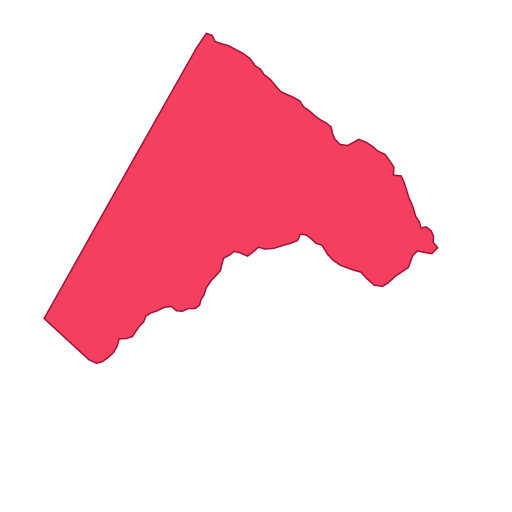 Novo Alegre, Tocantins, Brazil (Albers equal-area conic projection), rotated 119°
{"feature_id": "56859067B17905501648967", "entity_name": "Novo Alegre", "entity_type": "district", "adm_level": 2, "iso_a3": "BRA", "parent_name": "Brazil", "parent_adm1": "Tocantins", "projection": "albers", "projection_center": [-46.567, -12.888], "detail": "fine", "context": "isolated", "style": "filled", "palette": "rose", "viewbox_px": 512, "rotation_deg": 119, "n_neighbors": 0, "source": "geoboundaries", "source_scale": "gbopen_adm2", "svg_char_len": 1582}
<svg xmlns="http://www.w3.org/2000/svg" viewBox="0 0 512 512"><g transform="rotate(119 256 256)"><path d="M85.3,407.4L102.8,408.9L238.7,410.0L251.9,410.1L413.4,411.0L427.7,352.0L427.2,343.5L422.9,339.2L416.7,336.2L409.4,333.8L402.1,333.8L394.9,335.5L391.1,329.4L386.3,325.0L380.2,324.6L374.3,324.0L368.3,322.3L362.0,323.2L357.1,320.6L351.7,315.8L345.1,311.1L341.1,305.3L342.5,299.2L340.0,293.6L334.7,289.7L331.4,283.7L326.2,281.5L321.0,283.0L315.1,282.6L308.2,284.1L299.3,283.3L292.5,281.5L285.9,280.0L280.7,281.6L273.6,283.3L267.6,279.4L262.7,277.5L261.0,271.9L260.2,263.3L252.7,260.1L247.0,258.0L245.6,251.5L240.7,244.2L233.9,237.8L228.4,232.2L222.4,227.2L215.3,227.8L213.3,222.5L214.1,216.4L215.8,209.9L214.6,203.4L219.8,194.3L222.4,186.1L223.2,177.6L222.2,171.1L221.2,164.7L219.3,156.5L222.1,148.0L224.2,138.5L221.2,130.6L215.3,127.4L205.8,124.2L198.4,120.4L192.3,117.2L186.4,118.1L179.7,119.2L173.2,117.2L171.4,111.0L168.7,103.4L160.8,101.0L158.0,107.8L152.9,110.1L149.1,114.9L148.0,121.3L151.4,125.4L146.9,129.7L144.0,135.5L138.3,141.2L134.5,145.6L130.8,150.7L124.8,156.8L119.4,162.7L115.6,167.9L118.6,175.0L111.4,178.5L108.0,185.2L104.6,192.1L105.1,200.3L103.7,207.3L103.1,214.6L104.2,222.8L109.9,226.1L115.0,229.6L117.7,236.5L115.4,244.0L111.4,248.9L106.8,252.6L105.5,259.8L105.7,265.1L104.8,272.7L103.1,280.1L102.6,286.5L99.1,293.0L99.1,300.9L99.7,306.5L100.2,314.1L97.1,322.9L94.6,329.3L93.4,337.0L90.5,342.6L89.9,349.1L86.2,357.0L85.1,366.1L85.3,375.7L85.4,382.5L86.9,388.1L88.2,395.7L84.3,401.6L85.3,407.4Z" fill="#f43f5e" stroke="#9f1239" stroke-width="1.5"/></g></svg>